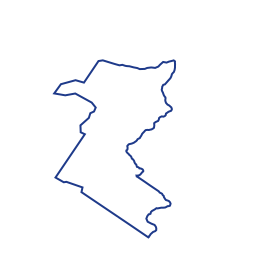 the district of Lewis, Idaho, United States of America, rotated 304°
{"feature_id": "52423323B22879230653922", "entity_name": "Lewis", "entity_type": "district", "adm_level": 2, "iso_a3": "USA", "parent_name": "United States of America", "parent_adm1": "Idaho", "projection": "albers", "projection_center": [-116.379, 46.23], "detail": "fine", "context": "isolated", "style": "outline", "palette": "blue", "viewbox_px": 256, "rotation_deg": 304, "n_neighbors": 0, "source": "geoboundaries", "source_scale": "gbopen_adm2", "svg_char_len": 2647}
<svg xmlns="http://www.w3.org/2000/svg" viewBox="0 0 256 256"><g transform="rotate(304 128 128)"><path d="M126.8,47.9L115.4,47.5L120.0,57.7L127.1,65.0L128.8,83.7L126.9,89.8L122.7,90.6L119.2,88.5L114.5,89.9L103.6,87.1L98.0,91.2L98.7,95.7L46.4,95.6L47.1,105.1L48.9,107.0L53.3,123.5L48.8,125.3L48.8,184.2L48.7,206.9L48.8,206.6L49.8,205.9L50.9,206.2L52.6,206.1L55.8,206.9L57.7,208.2L59.1,208.5L60.7,207.5L61.7,206.3L62.5,204.2L61.8,201.0L61.3,196.7L63.1,193.9L65.7,193.3L68.0,193.4L68.7,194.2L69.6,194.6L70.2,194.3L71.1,194.0L72.7,194.3L74.4,195.2L75.9,195.9L77.4,196.4L77.9,197.5L79.1,198.7L80.5,200.1L81.1,201.0L81.9,202.1L82.9,203.3L84.1,204.0L85.3,204.5L86.0,205.5L87.0,206.2L87.9,206.0L89.1,205.6L89.9,204.4L90.3,202.7L90.0,201.3L89.5,199.8L89.9,198.4L90.3,197.6L90.7,196.6L91.7,195.5L91.8,194.3L92.2,193.6L92.5,193.1L92.5,192.3L92.3,191.1L92.2,190.3L92.7,188.9L92.7,186.1L92.7,182.6L92.7,178.3L92.8,171.5L92.8,163.6L92.7,162.3L93.3,161.7L93.6,162.3L94.2,162.8L94.9,163.6L96.2,164.2L97.1,164.3L98.1,164.4L99.3,164.5L100.5,164.9L101.3,164.4L101.8,163.5L101.8,162.3L101.5,161.0L101.1,160.5L100.9,160.0L101.2,159.6L101.2,158.3L100.8,157.2L101.5,156.2L102.3,155.3L102.5,153.9L103.1,152.7L104.1,151.5L104.5,150.5L104.8,149.7L104.8,148.3L105.7,147.2L106.3,145.8L106.4,144.2L106.8,143.1L107.0,141.5L107.3,140.5L107.6,139.8L108.5,139.2L109.2,139.5L110.0,139.5L110.9,139.0L111.9,138.3L112.6,137.5L113.9,137.6L114.8,137.7L115.6,138.3L116.7,139.4L117.7,140.2L119.1,141.1L120.2,141.5L121.7,142.1L122.9,142.3L124.0,142.2L125.0,142.7L126.2,143.4L127.4,143.3L129.0,143.3L129.9,143.2L131.0,143.0L132.5,143.2L134.0,143.5L135.3,143.6L136.2,143.9L137.2,145.0L138.0,146.4L139.2,147.5L140.0,148.3L141.4,149.0L142.7,149.4L144.8,148.4L146.6,147.0L148.3,147.5L149.1,148.0L150.7,149.0L152.3,148.8L153.6,148.2L155.1,148.6L156.5,149.5L157.2,151.0L158.4,151.8L159.6,152.1L161.2,151.4L162.7,152.0L164.1,152.5L166.4,154.1L167.8,154.0L168.4,153.6L169.3,152.4L169.7,149.5L169.5,147.7L170.1,145.4L171.2,144.0L172.1,143.2L173.3,142.7L174.3,141.9L174.6,140.7L175.4,139.1L176.9,137.1L177.5,135.9L178.5,134.6L180.3,133.9L181.3,133.3L183.5,133.1L184.8,134.2L187.0,134.5L190.1,134.9L192.9,135.3L194.7,135.1L196.1,134.7L197.1,134.3L198.6,134.4L200.1,134.7L202.1,134.2L204.3,133.2L205.8,132.2L207.4,131.2L208.6,130.2L209.5,129.7L209.6,128.1L208.2,126.9L205.9,124.8L203.8,123.4L202.4,120.2L198.5,119.2L195.9,118.8L193.0,116.9L191.2,113.4L188.5,110.3L186.4,108.9L183.4,104.8L182.9,102.2L181.4,98.7L180.0,94.7L178.6,92.3L178.0,90.9L177.2,88.0L175.2,85.9L174.2,82.9L173.3,80.1L170.0,69.3L167.0,66.1L141.0,66.1L138.3,57.8L126.8,47.9Z" fill="none" stroke="#1e3a8a" stroke-width="2"/></g></svg>